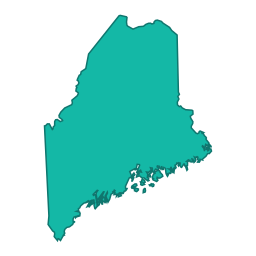 map outline of Maine (Natural Earth projection)
{"feature_id": "USA-3561", "entity_name": "Maine", "entity_type": "State", "adm_level": 1, "iso_a3": "USA", "parent_name": "United States of America", "parent_adm1": "", "projection": "natural_earth1", "projection_center": [-68.954, 45.272], "detail": "fine", "context": "isolated", "style": "filled", "palette": "teal", "viewbox_px": 256, "rotation_deg": 0, "n_neighbors": 0, "source": "natural_earth", "source_scale": "10m", "svg_char_len": 5971}
<svg xmlns="http://www.w3.org/2000/svg" viewBox="0 0 256 256"><path d="M44.5,125.9L45.7,125.6L47.3,123.9L49.3,123.9L52.3,129.5L53.0,128.9L53.2,127.0L54.6,125.6L54.7,121.4L55.6,119.8L57.3,119.5L60.3,121.6L62.6,120.6L62.2,119.6L59.3,117.4L59.0,115.4L60.8,112.1L64.7,108.0L71.7,104.7L72.4,103.0L71.9,100.2L77.2,95.8L78.1,94.1L78.3,92.8L75.9,91.0L76.3,88.3L76.9,87.7L76.1,86.1L78.0,84.7L78.9,82.9L78.1,80.7L77.2,80.3L77.4,79.3L79.2,75.3L80.6,74.5L81.2,71.7L85.8,68.6L88.6,54.0L119.1,15.7L120.3,15.4L126.4,16.8L127.0,17.5L126.5,22.0L126.9,25.1L127.6,26.1L133.0,29.1L138.8,26.7L143.5,26.3L145.8,24.4L148.5,23.3L150.6,23.2L151.9,24.0L153.9,23.4L154.0,22.1L155.4,20.5L157.3,20.1L161.4,21.4L163.1,23.2L169.6,27.4L171.7,30.5L177.1,35.0L178.4,92.2L179.4,94.3L177.8,96.5L178.9,99.0L177.3,102.1L177.5,104.9L179.3,106.6L180.7,106.0L182.2,107.9L185.6,109.7L192.0,110.2L192.8,110.8L193.0,114.1L190.3,116.2L190.7,118.1L192.9,121.7L192.7,123.6L191.3,126.1L191.3,127.9L196.0,133.1L197.5,133.7L198.9,132.9L199.2,131.6L200.1,131.0L203.3,132.4L201.9,132.8L202.2,133.5L203.4,133.6L204.3,135.6L205.9,137.1L206.4,138.0L206.0,138.8L206.2,139.6L208.9,143.0L208.0,145.1L207.1,145.4L205.8,144.3L205.3,145.4L205.9,146.0L205.6,147.0L204.9,147.2L202.5,145.8L202.3,146.5L203.9,148.5L204.5,151.1L204.8,148.7L206.5,149.4L206.2,149.0L206.7,148.7L206.2,147.6L206.9,147.4L207.9,150.8L208.8,150.2L208.1,146.9L210.1,149.0L210.9,149.0L211.5,151.1L209.3,153.6L207.6,153.6L206.0,156.2L202.3,159.3L202.6,160.0L200.0,159.3L200.1,160.7L199.2,160.6L197.3,159.3L198.0,158.0L197.8,157.0L197.1,156.6L195.9,157.1L196.5,157.5L195.9,157.8L194.5,157.1L195.5,159.3L195.1,160.3L195.7,160.8L194.0,162.4L192.9,159.2L192.0,158.9L192.3,161.2L192.9,161.7L192.1,162.0L190.1,161.7L190.0,160.5L188.9,161.0L188.7,159.8L188.1,160.0L186.5,161.4L187.6,161.7L187.5,165.4L186.1,165.9L184.7,165.8L184.4,164.1L183.8,164.0L181.6,167.4L181.0,167.2L180.0,165.4L180.3,162.4L178.6,166.0L178.1,165.3L178.8,162.2L177.8,163.5L176.9,163.0L176.2,164.7L175.0,165.2L176.1,167.5L175.5,168.5L174.5,168.1L173.9,172.7L173.2,172.0L173.1,170.6L173.9,168.1L172.9,169.0L172.5,172.1L171.5,171.2L171.2,167.4L170.8,167.4L170.4,169.1L168.8,169.0L170.6,170.2L171.0,172.8L170.6,173.4L169.3,172.9L167.5,176.3L166.8,175.2L167.2,173.8L166.3,174.1L166.0,173.3L165.4,168.4L163.8,167.4L163.3,168.5L163.5,169.4L162.5,169.5L161.7,166.1L160.9,169.1L159.6,167.7L159.4,166.3L157.4,165.9L157.1,166.9L158.9,168.1L158.3,169.1L158.8,169.9L155.5,169.1L154.2,171.3L154.3,172.0L153.3,172.3L152.5,171.7L152.3,168.1L150.4,167.7L151.6,171.6L151.0,173.1L150.4,173.2L150.2,170.9L148.5,172.3L146.5,172.0L147.8,174.3L147.3,177.4L148.5,178.0L148.7,178.8L148.3,179.4L147.7,179.0L149.0,180.5L147.9,181.0L144.1,177.9L142.1,178.0L140.1,176.3L139.1,175.9L136.5,177.0L137.2,174.1L137.7,173.8L138.8,174.5L139.2,173.7L138.7,172.7L139.7,171.8L141.4,172.1L140.6,170.2L138.7,171.3L137.5,172.9L136.7,172.4L139.6,165.5L139.5,164.6L137.2,164.3L136.2,168.5L137.0,168.8L135.5,169.8L135.0,169.7L135.3,168.8L134.8,168.7L129.7,171.5L131.7,176.1L131.4,176.8L129.2,178.0L125.5,186.2L125.6,188.7L127.0,188.6L126.5,189.7L125.4,191.0L124.3,191.1L123.3,193.3L122.2,192.8L122.0,193.7L121.3,193.6L120.8,194.8L121.3,195.7L118.4,196.8L118.5,195.5L120.2,192.8L119.4,192.8L116.5,196.2L116.8,194.2L114.0,194.6L115.0,192.8L114.1,192.4L115.0,190.6L114.3,190.1L113.8,191.3L112.7,191.8L113.0,193.1L111.1,194.2L109.6,199.4L108.2,201.8L107.1,198.5L106.7,201.8L105.9,200.0L106.5,197.3L105.9,196.2L107.5,193.0L107.3,192.1L105.2,195.9L104.8,199.3L105.6,201.5L104.9,203.2L104.8,201.0L103.6,201.6L101.7,199.8L102.6,198.5L102.6,197.1L103.7,197.5L102.3,195.5L104.0,191.9L103.4,191.8L98.1,199.1L99.2,200.0L98.6,202.8L99.6,201.3L100.3,201.4L99.2,204.8L98.1,205.7L96.1,194.1L96.4,192.5L97.8,190.5L97.2,190.3L93.1,194.4L93.5,195.4L95.1,194.6L95.6,195.2L97.2,205.5L96.8,207.0L95.2,208.8L94.8,208.3L94.0,205.1L94.7,202.6L93.8,201.2L94.1,200.2L93.2,199.9L92.2,200.6L93.3,201.9L93.0,203.5L92.1,204.2L91.9,203.5L88.8,207.4L91.3,202.1L91.1,201.0L89.3,203.6L88.5,206.1L87.1,206.7L90.2,201.0L87.4,202.1L88.8,200.3L86.2,202.3L83.8,203.2L80.7,205.8L79.7,207.9L78.4,208.7L78.7,210.6L76.5,211.3L79.6,212.1L80.1,213.4L79.8,215.9L77.5,216.6L77.8,215.9L77.1,216.1L75.6,217.7L75.5,216.6L74.1,217.0L73.1,218.8L73.1,220.8L73.3,221.9L75.0,221.5L73.1,223.2L72.7,224.4L69.5,226.8L66.8,227.4L64.7,229.5L64.2,232.0L64.8,233.1L63.6,234.9L64.2,235.2L63.0,236.0L60.5,240.5L58.7,238.7L58.0,238.7L57.5,240.6L54.2,236.6L54.7,233.8L54.4,232.2L52.6,230.9L48.1,224.5L48.9,215.9L44.5,125.9ZM160.0,171.3L160.1,172.3L162.4,174.8L162.8,176.3L160.1,178.0L158.4,178.1L157.2,177.3L156.9,178.5L157.9,180.3L156.7,181.5L153.1,179.9L152.7,179.0L153.4,178.5L152.2,177.7L152.3,177.1L153.6,174.0L155.0,173.3L154.6,172.3L157.1,170.6L158.8,170.5L160.0,171.3ZM142.3,179.3L144.5,180.3L145.1,182.2L143.2,182.9L144.6,184.4L142.1,185.3L140.7,184.6L141.0,183.4L140.4,181.9L141.8,181.9L141.6,180.3L142.3,179.3ZM133.2,187.3L138.4,189.0L138.4,190.0L136.7,191.6L135.9,191.4L134.5,190.7L134.9,189.8L134.5,189.1L132.8,188.3L133.2,187.3ZM136.9,185.5L134.7,187.0L133.2,186.3L131.7,187.8L131.5,187.2L132.1,185.9L135.0,183.9L136.5,184.0L136.9,185.5ZM154.0,184.8L153.5,186.3L152.3,186.6L151.4,185.4L150.0,185.9L149.3,184.9L150.6,184.6L151.2,183.7L152.1,184.2L153.0,183.8L154.0,184.8ZM145.2,188.6L145.5,190.8L145.2,192.0L143.2,192.7L143.4,189.9L144.4,188.5L145.2,188.6ZM133.9,173.0L134.9,174.7L133.1,176.7L132.6,176.1L132.8,174.3L133.9,173.0ZM101.8,195.5L100.6,199.8L99.9,200.5L99.3,198.9L99.6,198.0L101.4,194.9L101.8,195.5ZM149.7,173.8L150.6,176.5L150.2,177.0L148.3,176.1L149.1,173.6L149.7,173.8ZM187.6,169.4L186.9,170.3L185.6,166.7L187.0,166.7L187.6,169.4ZM132.4,181.0L131.9,181.0L132.2,178.7L131.5,178.2L133.2,177.1L133.8,177.7L132.4,181.0ZM102.0,204.1L101.0,202.1L101.6,200.8L102.7,201.6L102.5,204.1L102.0,204.1ZM208.7,145.4L209.0,143.9L211.1,146.3L211.0,146.9L210.0,146.8L208.7,145.4ZM198.3,160.9L199.6,161.5L199.4,162.1L197.6,162.1L198.3,160.9Z" fill="#14b8a6" stroke="#0f766e" stroke-width="1.5"/></svg>